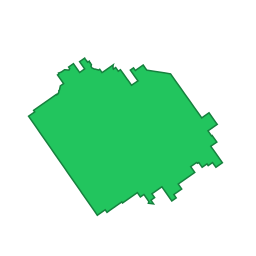 the district of Barkly, Northern Territory, Australia, rotated 145°
{"feature_id": "25037944B87984246529450", "entity_name": "Barkly", "entity_type": "district", "adm_level": 2, "iso_a3": "AUS", "parent_name": "Australia", "parent_adm1": "Northern Territory", "projection": "natural_earth1", "projection_center": [135.185, -19.542], "detail": "fine", "context": "isolated", "style": "filled", "palette": "green", "viewbox_px": 256, "rotation_deg": 145, "n_neighbors": 0, "source": "geoboundaries", "source_scale": "gbopen_adm2", "svg_char_len": 3362}
<svg xmlns="http://www.w3.org/2000/svg" viewBox="0 0 256 256"><g transform="rotate(145 128 128)"><path d="M202.8,174.1L202.8,167.5L202.8,166.2L202.8,162.9L202.8,161.6L202.8,160.1L202.8,157.3L202.8,156.1L202.9,149.9L202.9,147.0L202.9,139.4L202.9,137.8L202.9,131.7L203.0,125.6L203.0,121.0L203.0,119.5L203.0,119.1L203.0,118.6L203.0,117.6L203.0,115.5L203.0,114.5L203.0,111.9L203.0,111.4L203.0,107.3L203.0,103.9L203.0,103.1L203.1,102.1L203.1,89.9L203.1,87.0L203.1,84.9L203.1,78.9L203.2,74.1L200.9,74.1L195.6,74.1L193.6,74.1L193.6,73.6L193.6,70.9L189.8,71.0L182.5,71.0L179.2,71.0L175.5,71.0L175.5,69.7L168.2,69.7L160.9,69.7L157.4,69.7L157.4,66.8L157.4,64.4L153.1,64.4L153.1,60.4L153.1,56.2L153.1,55.7L154.5,54.7L150.6,51.2L150.6,55.7L150.1,55.7L149.0,55.7L148.6,55.7L146.1,55.7L146.1,60.4L141.8,60.4L141.7,60.4L136.6,60.4L134.0,60.4L134.0,59.2L134.0,56.9L134.0,51.8L134.0,43.5L134.0,43.1L131.9,43.1L128.6,43.1L128.6,47.2L121.3,47.2L119.0,47.2L119.0,53.3L113.4,53.3L106.1,53.3L105.6,53.3L98.8,53.3L98.8,59.2L98.8,60.4L95.7,60.4L94.6,60.4L94.2,60.4L91.7,60.4L91.5,59.6L91.0,59.5L91.0,59.1L89.8,59.1L89.8,57.5L89.8,53.3L89.0,53.3L83.9,53.3L83.9,51.2L81.2,51.2L80.5,51.2L80.4,51.2L78.6,51.2L78.6,50.3L78.5,45.4L73.5,45.4L71.3,45.4L70.6,45.4L70.6,49.8L70.6,50.2L70.6,57.9L70.7,65.6L70.4,65.6L63.3,65.5L63.4,73.6L64.1,73.6L64.1,79.8L56.8,79.8L52.8,79.8L52.9,81.9L52.9,90.1L52.9,94.0L54.5,94.0L61.8,94.0L61.8,98.2L61.9,106.5L61.9,114.7L61.9,115.4L62.0,122.9L62.0,131.2L62.1,139.4L62.1,140.7L62.1,147.9L65.9,151.7L68.2,153.9L73.8,159.2L79.4,164.6L79.5,168.9L79.4,168.9L79.4,170.9L79.5,170.9L86.9,170.9L89.0,170.9L89.0,174.1L92.9,174.1L92.9,169.2L92.9,165.7L92.8,160.9L100.2,161.0L100.6,161.0L100.6,166.5L100.7,168.5L100.7,174.8L100.8,180.1L101.8,180.1L103.4,180.1L103.4,184.6L103.5,184.6L104.4,184.6L104.5,184.6L106.2,184.6L106.0,185.4L105.7,185.9L105.3,186.5L105.2,186.9L105.1,187.1L104.8,187.2L104.3,187.9L103.9,188.2L111.3,188.2L113.6,188.2L113.8,188.2L115.6,188.2L117.5,188.3L117.5,192.3L118.8,192.3L121.1,195.1L121.5,195.2L123.1,197.9L122.9,200.0L122.4,200.2L122.0,200.5L121.6,200.9L121.6,201.6L121.7,201.9L121.5,202.9L121.8,203.0L121.8,203.6L121.6,204.0L121.6,204.3L121.5,204.7L121.3,204.9L121.3,205.0L122.9,205.0L123.3,205.0L123.3,206.6L123.5,206.6L123.5,207.4L123.5,207.8L123.5,208.1L123.5,208.3L123.5,208.5L123.5,208.9L123.5,209.1L123.5,209.4L123.7,209.6L123.5,210.1L128.0,210.1L129.6,210.1L129.6,209.5L129.6,201.3L135.2,201.2L135.8,201.2L135.8,206.6L135.8,208.4L135.8,208.5L135.8,209.5L135.8,212.0L138.1,212.0L141.7,212.0L141.7,210.8L141.7,210.1L143.2,209.3L146.5,212.1L147.8,212.1L150.3,212.1L152.5,212.6L153.4,212.9L153.8,211.8L155.3,211.9L155.3,203.8L155.3,201.3L159.3,201.3L159.6,201.0L159.7,200.9L159.8,200.7L160.1,200.5L160.7,200.0L160.9,199.7L161.2,199.5L161.3,199.4L161.5,199.2L161.8,198.9L162.1,198.7L162.4,198.4L162.5,198.4L162.9,198.3L163.1,198.3L163.1,198.2L163.3,198.0L163.6,197.7L163.8,197.5L163.9,197.4L164.1,197.2L164.4,196.9L164.5,196.8L165.2,196.3L165.4,196.5L165.5,196.5L165.7,196.4L165.8,196.3L166.2,196.1L166.4,196.1L166.6,196.1L166.8,196.1L167.0,196.1L167.3,196.0L167.3,196.6L172.3,196.6L179.6,196.6L184.1,196.6L187.1,196.6L195.2,196.6L195.2,194.7L202.7,194.7L202.7,194.1L202.7,193.4L202.7,193.0L202.7,192.2L202.7,190.6L202.7,190.2L202.7,188.6L202.7,187.8L202.7,182.5L202.8,174.1Z" fill="#22c55e" stroke="#15803d" stroke-width="1.5"/></g></svg>